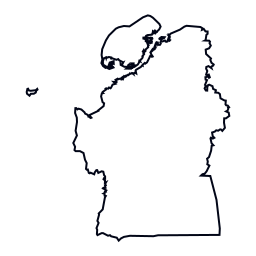 outline of City of Isabela, Philippines
{"feature_id": "2640588B50898058307541", "entity_name": "City of Isabela", "entity_type": "district", "adm_level": 2, "iso_a3": "PHL", "parent_name": "Philippines", "parent_adm1": "", "projection": "albers", "projection_center": [121.969, 6.657], "detail": "fine", "context": "isolated", "style": "outline", "palette": "ink", "viewbox_px": 256, "rotation_deg": 0, "n_neighbors": 0, "source": "geoboundaries", "source_scale": "gbopen_adm2", "svg_char_len": 5695}
<svg xmlns="http://www.w3.org/2000/svg" viewBox="0 0 256 256"><path d="M207.6,31.5L205.5,31.4L203.8,29.0L202.0,29.8L202.4,28.2L200.4,27.0L186.6,25.8L184.4,26.6L180.0,29.6L170.7,33.6L169.8,34.6L168.9,34.5L169.2,35.2L168.4,35.3L169.8,36.9L169.6,37.1L169.2,36.7L169.0,36.8L168.6,37.9L169.5,37.2L169.6,37.9L168.5,38.4L168.8,39.3L170.1,40.1L169.5,40.8L168.5,40.2L167.5,41.5L166.2,41.5L165.7,42.5L165.8,41.6L164.9,40.5L162.4,41.5L161.0,40.9L160.5,42.5L160.8,43.5L160.0,44.8L158.8,44.9L157.8,43.6L157.4,44.3L157.1,43.3L156.3,44.1L156.0,43.2L157.3,42.4L156.5,42.2L155.7,43.6L154.5,46.9L155.5,46.4L155.7,47.6L154.9,48.1L154.7,49.2L154.1,49.5L153.9,48.9L152.8,49.8L152.5,49.3L151.9,50.2L152.5,49.9L152.5,50.7L150.5,52.5L151.6,55.0L151.1,55.4L152.1,55.5L152.7,56.5L151.9,56.8L150.3,55.9L147.0,62.4L145.3,63.6L144.7,63.0L142.5,65.0L142.6,65.6L142.2,65.4L140.8,67.0L136.2,69.7L135.6,70.4L136.2,73.4L134.9,72.6L134.3,73.3L132.7,73.1L133.0,73.8L132.2,73.2L130.1,73.9L129.8,73.5L128.5,75.1L127.9,74.8L126.2,76.2L126.0,75.6L125.2,75.9L125.6,76.6L124.7,77.0L124.9,77.5L124.4,76.8L124.7,77.7L124.1,76.8L124.2,77.8L123.8,77.0L123.5,77.8L123.2,76.7L122.1,77.4L121.8,76.8L122.3,79.3L121.3,79.5L120.7,78.5L118.0,79.3L117.6,78.7L116.1,79.5L115.5,79.9L116.5,80.9L116.5,82.1L113.6,81.9L115.5,83.8L112.6,84.6L111.0,87.8L110.5,88.3L109.0,87.5L108.1,88.7L106.2,88.3L105.5,88.7L105.9,89.6L102.6,92.0L102.3,92.8L102.9,93.2L101.8,93.5L101.1,96.4L102.6,102.2L104.1,103.3L103.6,106.1L98.2,110.4L98.4,110.8L89.2,115.2L88.8,116.1L89.8,115.9L91.4,117.7L90.7,118.0L88.7,116.6L87.4,114.7L85.1,113.6L84.6,112.4L81.4,109.5L78.6,108.7L77.4,109.4L76.3,108.1L75.4,108.1L75.1,113.0L76.8,117.6L77.0,122.0L75.6,130.8L76.9,135.5L73.3,143.0L75.1,146.8L74.5,150.1L75.6,151.1L79.9,151.1L83.5,153.0L85.0,159.7L86.7,163.1L86.0,168.9L86.8,169.7L87.8,169.5L88.8,172.9L89.7,173.3L90.6,172.7L94.2,174.3L94.8,172.3L96.4,170.1L97.2,170.1L98.3,172.9L101.7,171.3L103.3,171.7L104.1,175.2L105.1,176.4L105.1,178.4L104.1,178.1L103.5,179.2L105.0,180.5L104.9,183.0L106.0,182.4L105.2,183.9L105.8,185.3L105.0,185.7L105.5,187.7L103.5,187.8L102.9,188.3L103.4,188.7L104.5,188.3L104.8,189.5L106.2,190.3L105.6,190.8L105.9,191.7L104.8,191.9L104.6,193.0L103.7,193.5L104.6,193.8L104.6,195.6L105.8,196.0L104.9,197.5L102.7,209.4L98.7,213.5L99.1,214.6L97.4,220.9L98.6,222.9L96.5,228.1L97.2,229.8L96.9,234.1L97.5,235.1L101.7,233.1L103.0,233.1L108.0,235.7L110.0,235.2L111.1,236.3L116.8,237.7L118.7,240.6L121.0,238.4L123.9,236.9L129.9,235.8L153.5,236.2L157.9,235.3L219.5,234.9L219.8,228.5L216.5,199.9L210.3,176.0L201.0,175.6L202.5,174.2L204.7,173.7L206.6,171.3L209.4,165.6L207.3,164.3L207.8,161.6L207.1,158.7L209.0,157.1L211.1,150.7L211.7,145.7L213.4,145.3L211.5,143.1L210.5,138.4L210.9,137.7L212.8,138.6L214.3,137.8L212.7,136.1L212.1,132.5L214.8,131.6L216.2,130.3L218.2,130.7L220.1,129.4L221.0,129.5L222.3,130.9L224.9,127.8L224.0,122.7L224.2,118.3L226.0,118.3L229.3,115.9L228.7,112.6L226.1,111.4L227.5,110.7L228.3,108.7L228.0,107.6L229.0,107.2L227.8,105.6L226.2,105.3L225.5,104.4L225.8,100.6L224.3,100.4L220.5,98.3L219.9,94.1L218.3,92.8L215.3,92.5L215.9,90.2L213.1,88.9L212.5,86.2L209.2,84.7L208.1,85.1L207.3,87.2L207.2,90.6L205.8,90.5L204.6,88.4L205.2,87.0L206.4,86.3L205.0,84.9L207.0,80.1L205.6,79.6L205.4,77.2L206.8,76.9L207.8,75.9L209.0,77.8L209.8,77.3L208.8,74.6L207.4,75.2L206.1,74.7L207.3,71.0L206.1,68.7L206.3,67.0L208.5,66.1L211.5,68.2L211.2,67.3L211.6,66.4L213.2,65.6L213.7,64.5L211.5,62.8L210.3,59.9L211.0,58.5L206.1,54.0L205.7,49.6L209.1,48.3L210.8,45.6L209.5,43.1L210.0,41.7L209.2,40.7L205.0,40.5L205.6,40.2L206.4,34.8L207.6,33.8L207.6,31.5ZM147.8,15.4L143.0,17.3L129.5,26.4L123.9,26.0L118.6,27.3L115.8,28.7L109.0,35.4L105.9,40.4L102.2,49.2L101.6,55.0L102.4,59.5L101.4,63.1L103.0,66.0L105.5,67.9L106.5,67.6L109.3,69.0L113.5,67.5L112.9,66.6L113.3,66.1L112.8,66.4L112.0,67.8L109.5,67.5L110.9,66.6L110.2,66.0L111.0,65.6L109.2,64.2L110.2,62.5L111.2,63.0L111.9,64.6L112.5,63.5L113.7,63.9L113.6,61.2L109.7,62.6L108.1,67.0L106.4,66.7L104.1,65.2L102.9,65.4L102.6,64.4L103.1,63.1L102.7,62.2L103.5,59.3L102.9,58.3L104.2,58.4L104.9,57.8L104.7,57.1L105.1,57.7L106.0,57.3L106.2,58.0L106.4,57.3L107.6,57.4L107.0,57.9L108.8,57.0L111.5,57.5L111.8,58.2L110.4,59.1L111.9,58.2L116.5,59.8L118.2,59.1L119.2,60.3L122.4,61.9L122.8,62.7L123.2,62.5L122.1,64.7L121.3,64.7L120.6,63.8L120.7,64.9L124.4,66.8L127.2,66.8L128.6,66.0L128.2,65.2L129.4,64.2L130.0,64.7L131.9,64.2L132.5,63.7L132.1,63.4L133.3,63.4L132.9,64.4L133.6,64.2L133.6,65.1L134.2,65.2L133.3,65.6L133.8,65.9L133.4,66.2L128.3,67.2L129.5,67.7L128.0,67.9L128.0,67.4L126.4,68.6L131.0,68.7L131.2,68.0L132.4,68.0L132.8,67.2L134.4,66.9L137.8,64.5L139.8,61.3L139.2,61.4L139.3,60.9L139.9,61.2L139.6,60.7L142.2,58.3L142.8,56.8L142.4,56.2L144.0,54.3L143.5,53.7L144.0,53.2L144.7,53.6L142.8,51.6L143.6,50.3L144.0,51.7L145.4,51.2L145.6,49.5L148.2,47.2L147.9,46.2L148.7,45.2L148.1,44.3L147.8,44.5L146.6,41.5L145.9,41.3L146.1,40.8L145.0,39.0L143.4,38.6L143.4,37.6L145.3,37.5L146.1,35.8L147.5,35.1L151.9,34.7L152.7,33.1L152.2,32.3L152.9,32.8L152.9,32.2L153.6,32.4L153.0,32.0L153.0,31.4L154.2,32.3L153.9,31.4L155.5,29.9L154.8,31.4L156.1,32.4L154.3,33.2L155.2,33.3L159.2,29.4L160.6,26.6L159.4,24.0L152.9,17.7L150.3,16.0L147.8,15.4ZM37.2,88.9L35.8,90.2L30.6,90.8L28.8,90.4L28.1,88.7L27.4,88.9L26.7,92.0L27.0,93.7L29.5,95.7L30.8,93.8L33.9,93.7L35.8,92.5L36.2,90.7L37.5,89.6L37.2,88.9ZM149.1,37.8L147.1,37.3L146.8,38.3L147.7,40.8L148.4,41.7L148.8,41.4L149.6,42.9L150.4,43.2L151.4,42.2L151.5,43.7L151.9,41.4L150.4,40.7L151.8,39.3L151.6,38.7L152.3,38.5L152.1,37.9L150.8,37.7L150.7,38.5L149.2,38.6L149.1,37.8ZM161.5,37.0L159.6,38.3L159.0,39.5L160.6,38.4L161.6,39.2L164.2,38.0L164.7,37.2L161.5,37.0Z" fill="none" stroke="#020617" stroke-width="2"/></svg>